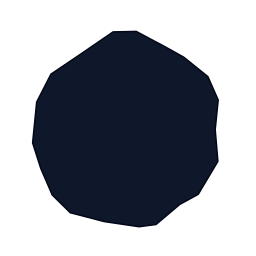 Shaki City, Şəki, Azerbaijan, rotated 101°
{"feature_id": "54616110B24616396985677", "entity_name": "Shaki City", "entity_type": "district", "adm_level": 2, "iso_a3": "AZE", "parent_name": "Azerbaijan", "parent_adm1": "Şəki", "projection": "mercator", "projection_center": [47.188, 41.208], "detail": "fine", "context": "isolated", "style": "filled", "palette": "ink", "viewbox_px": 256, "rotation_deg": 101, "n_neighbors": 0, "source": "geoboundaries", "source_scale": "gbopen_adm2", "svg_char_len": 451}
<svg xmlns="http://www.w3.org/2000/svg" viewBox="0 0 256 256"><g transform="rotate(101 128 128)"><path d="M181.6,207.4L184.5,205.8L208.2,189.6L222.2,168.5L224.4,133.4L222.8,98.3L217.4,82.1L193.1,62.6L179.7,46.4L173.0,44.0L143.6,33.4L112.9,42.1L83.3,44.8L62.3,59.4L47.8,86.9L40.2,110.2L37.8,118.3L31.6,138.3L36.5,161.0L44.3,168.7L63.9,188.0L89.8,213.9L119.9,222.6L160.8,218.8L181.6,207.4Z" fill="#0f172a" stroke="#020617" stroke-width="1.5"/></g></svg>